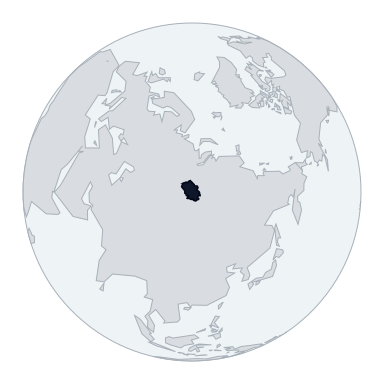 the Earth from above Tomsk, rotated 40°
{"feature_id": "RUS-2167", "entity_name": "Tomsk", "entity_type": "Region", "adm_level": 1, "iso_a3": "RUS", "parent_name": "Russia", "parent_adm1": "", "projection": "orthographic", "projection_center": [83.174, 58.364], "detail": "fine", "context": "on_globe", "style": "filled", "palette": "ink", "viewbox_px": 384, "rotation_deg": 40, "n_neighbors": 0, "source": "natural_earth", "source_scale": "10m", "svg_char_len": 13881}
<svg xmlns="http://www.w3.org/2000/svg" viewBox="0 0 384 384"><g transform="rotate(40 192 192)"><circle cx="192" cy="192" r="169" fill="#eef3f6" stroke="#a8b0b8"/><path d="M233.6,28.2L236.3,29.0L234.7,28.5L238.3,29.5L241.5,30.7L248.1,33.3L251.6,37.4L244.6,41.2L242.0,38.9L240.6,40.3L243.9,43.4L246.3,45.1L246.0,56.3L255.2,69.9L262.9,73.5L257.5,73.5L275.1,80.3L283.2,88.5L271.2,79.7L267.7,79.2L271.7,84.9L269.0,85.6L269.4,88.9L265.8,89.5L259.1,84.6L256.7,84.9L259.6,88.9L257.9,92.2L253.9,86.2L250.5,91.4L238.7,84.9L230.8,69.5L221.3,67.4L205.6,56.1L204.1,58.1L197.2,55.5L192.9,57.0L191.2,54.7L189.3,57.9L191.6,59.7L191.6,61.7L189.3,62.9L186.7,60.1L187.5,59.1L185.5,58.9L185.2,57.1L184.1,58.6L181.2,55.3L180.6,60.3L175.5,59.0L174.5,56.4L179.1,54.5L188.3,44.7L188.7,41.9L184.8,39.7L167.7,39.7L166.4,37.8L161.2,36.7L159.9,38.6L163.4,40.1L159.7,43.7L164.5,45.5L163.7,47.3L166.8,50.2L161.5,52.2L154.6,52.6L151.7,50.3L148.6,50.5L147.4,54.8L138.2,52.9L125.6,56.1L123.8,55.5L127.3,50.2L137.3,44.5L141.8,38.7L133.9,45.0L129.5,43.9L126.7,45.0L124.0,46.7L123.8,48.1L121.2,48.4L128.1,42.0L130.5,41.6L128.3,43.6L133.0,41.0L137.6,37.2L134.9,37.2L144.6,32.2L142.9,32.3L144.0,31.4L146.2,31.5L142.5,31.3L153.5,27.5L152.9,27.6L166.2,25.0L179.7,23.5L193.3,23.0L206.9,23.7L220.3,25.4L233.6,28.2ZM328.8,92.9L327.9,91.9L327.0,90.5L328.8,92.9ZM328.3,92.6L328.5,92.9L328.3,92.6ZM329.0,93.7L328.5,92.9L329.2,94.0L329.0,93.7ZM330.1,95.4L329.4,94.5L329.6,94.6L330.1,95.4ZM331.2,97.6L331.5,98.1L330.8,97.1L331.2,97.6ZM247.9,45.8L244.2,43.4L242.3,40.5L245.6,42.3L247.9,45.8ZM251.2,52.1L248.7,51.1L250.5,49.2L251.3,50.4L251.2,52.1ZM268.9,76.1L266.5,73.3L269.8,75.8L268.9,76.1ZM270.1,89.3L271.6,89.9L271.2,91.4L270.1,89.3ZM169.5,49.0L168.2,49.6L168.3,48.7L169.5,49.0ZM172.1,49.8L173.2,48.4L174.6,48.6L173.9,49.4L172.1,49.8ZM265.3,93.6L264.1,95.9L264.2,92.7L265.3,93.6ZM170.5,51.5L177.0,49.1L179.4,49.5L178.8,53.2L170.5,51.5ZM262.6,96.7L259.7,102.7L263.0,104.5L252.2,103.1L258.2,98.3L257.8,94.0L260.1,96.6L262.6,96.7ZM193.4,59.8L190.8,57.9L195.1,58.5L193.4,59.8ZM196.2,59.7L209.5,59.0L212.3,62.6L207.3,62.0L212.5,65.9L207.3,67.9L203.2,66.2L202.5,63.5L201.0,66.4L196.2,59.7ZM246.8,101.6L245.1,102.4L245.6,100.6L246.8,101.6ZM191.9,62.6L194.4,62.1L196.9,65.1L192.5,66.7L193.1,65.2L191.9,62.6ZM216.5,66.0L217.6,68.7L213.6,71.0L213.5,72.3L207.4,68.3L216.5,66.0ZM191.3,65.1L190.1,67.5L186.8,67.1L189.7,63.4L191.3,65.1ZM199.4,65.2L200.4,66.7L198.4,66.4L199.4,65.2ZM174.5,67.6L177.4,66.7L178.9,68.1L174.5,67.6ZM189.9,68.4L191.1,68.5L192.0,69.0L190.6,70.5L189.9,68.4ZM205.1,70.3L203.2,70.7L207.4,72.0L204.6,74.0L201.0,70.9L201.4,73.1L200.5,73.7L198.5,70.6L205.1,70.3ZM191.9,73.6L186.4,70.7L180.7,71.9L179.2,70.6L188.6,68.9L191.9,73.6ZM196.0,72.1L193.1,72.7L192.6,70.7L194.3,69.0L196.0,72.1ZM204.0,76.4L209.2,74.2L209.8,74.9L204.0,76.4ZM190.4,74.4L191.8,75.1L190.0,74.7L190.4,74.4ZM199.9,76.2L201.7,75.3L202.3,76.1L199.9,76.2ZM193.0,77.3L191.2,76.3L192.3,75.1L193.0,77.3ZM196.3,77.1L196.7,78.5L193.8,75.2L196.9,76.5L196.3,77.1ZM200.2,77.1L201.2,77.4L199.4,77.4L200.2,77.1ZM190.0,82.6L186.0,78.8L188.4,76.0L191.9,80.1L190.0,82.6ZM37.2,259.7L35.1,254.0L29.3,232.5L30.3,228.3L29.6,222.5L27.6,217.0L27.2,210.0L26.4,206.0L23.6,182.4L24.9,169.3L31.5,143.4L33.5,142.3L37.7,135.4L54.9,142.0L54.3,150.5L63.1,170.4L63.4,174.2L57.8,178.0L60.7,201.6L67.1,201.4L74.3,218.6L82.0,226.7L92.8,217.8L80.3,204.4L82.6,196.2L96.3,201.9L108.0,213.7L109.3,210.9L105.7,198.8L112.3,197.1L104.9,194.2L105.0,198.7L100.4,197.1L100.1,193.0L102.4,192.5L100.0,187.9L89.5,192.0L88.4,197.0L79.7,188.7L77.2,196.3L73.4,196.1L76.3,183.3L79.0,180.7L81.2,162.8L77.5,164.7L75.3,181.8L74.3,178.5L69.4,181.6L72.3,176.7L75.7,157.9L70.4,149.6L56.9,148.5L55.3,142.9L56.9,134.7L68.6,126.8L71.1,140.2L75.2,138.0L80.5,129.1L80.8,134.1L83.3,132.3L84.8,137.1L92.6,138.4L95.0,142.8L103.5,138.3L105.9,140.0L100.2,142.1L97.4,146.1L104.0,157.2L106.9,157.9L112.0,154.2L113.1,157.9L117.2,152.9L123.7,157.4L119.1,147.9L124.9,143.7L131.8,143.9L132.9,140.9L121.7,140.7L117.9,142.2L116.0,146.2L105.1,149.4L101.6,146.7L110.0,137.3L106.0,132.6L114.3,127.6L139.6,130.6L147.4,134.7L148.6,151.1L143.6,152.6L140.7,147.3L138.3,156.4L140.9,153.6L141.9,156.8L147.7,154.0L148.7,156.2L152.6,149.9L154.4,152.3L151.9,156.2L162.0,154.5L167.3,158.6L169.2,157.2L169.6,154.5L176.0,161.7L177.1,160.4L175.4,157.5L176.4,153.0L180.7,148.1L182.7,150.8L181.4,153.0L181.7,161.8L178.0,167.4L179.3,168.0L183.0,163.9L182.6,153.0L184.6,149.3L185.5,154.3L185.3,152.2L187.0,151.2L190.5,152.9L189.8,147.4L205.0,134.0L213.3,136.2L212.4,141.9L225.1,136.4L233.4,139.9L231.8,137.2L236.8,133.0L234.3,131.8L233.9,130.2L245.7,119.8L250.0,119.7L253.3,112.7L252.5,111.4L249.5,111.0L252.2,103.1L263.0,104.5L264.3,107.4L270.1,106.5L272.2,113.4L276.7,118.9L275.6,127.4L279.2,131.3L281.1,130.5L287.5,135.4L294.0,148.6L280.4,141.3L269.0,123.4L272.9,130.8L269.6,130.2L269.5,133.6L272.5,139.0L274.4,138.9L266.5,154.1L268.8,170.8L274.7,166.3L279.9,168.4L287.7,184.9L282.8,214.4L289.8,218.5L291.3,223.0L287.6,228.3L285.3,222.0L280.2,222.0L279.4,217.8L272.7,224.7L271.4,219.0L266.9,227.4L270.3,230.8L276.7,226.6L273.4,236.7L282.0,240.9L284.7,249.3L276.2,269.3L264.9,278.4L264.6,281.1L259.2,280.0L253.4,286.9L264.5,297.0L264.6,300.7L254.5,310.6L254.1,308.2L239.8,305.3L238.1,314.2L248.9,318.2L252.7,324.2L244.8,324.2L240.8,318.8L235.8,317.5L236.5,310.2L231.1,299.7L223.0,303.2L223.0,298.4L214.3,289.0L202.4,293.1L183.9,305.9L182.4,317.3L175.6,321.5L164.8,303.9L163.2,291.4L157.3,291.5L147.9,278.3L125.8,270.2L124.5,265.9L119.9,265.7L113.6,258.8L112.3,251.7L107.6,249.5L111.6,268.1L116.8,270.4L123.7,267.6L123.7,273.2L130.0,280.5L116.5,287.2L86.7,280.6L86.9,271.1L80.3,234.4L82.2,232.1L82.3,231.7L82.4,231.0L78.6,234.0L78.5,226.8L78.7,250.9L77.4,258.9L86.2,280.8L84.7,281.1L88.4,286.6L104.3,292.8L103.7,295.4L94.3,302.4L75.1,302.4L79.4,312.4L81.1,317.5L73.1,311.9L75.9,314.8L66.5,305.1L57.8,294.7L50.0,283.6L43.1,271.9L37.2,259.7ZM44.1,145.2L42.4,146.8L44.1,145.2ZM117.2,232.5L126.2,238.4L127.6,228.0L131.2,229.5L130.4,225.5L127.7,227.2L126.4,216.7L132.3,216.6L134.0,212.4L131.0,210.3L120.5,212.1L122.2,227.0L117.8,229.0L117.2,232.5ZM129.1,44.3L128.4,44.8L125.5,46.4L126.4,45.3L129.1,44.3ZM115.6,56.0L111.8,56.2L115.1,55.2L115.6,53.6L123.2,49.6L123.3,55.1L121.9,53.2L115.6,56.0ZM133.3,46.2L128.5,47.9L133.8,45.9L133.3,46.2ZM95.4,118.2L94.0,121.5L90.7,122.3L87.7,117.4L92.5,116.2L95.4,118.2ZM92.9,126.0L102.0,118.4L104.3,121.3L101.5,120.9L102.0,123.6L97.7,123.8L90.8,134.4L87.4,135.8L83.8,125.6L86.8,128.1L88.0,124.6L92.9,126.0ZM121.5,96.0L125.5,93.4L125.1,103.1L121.4,104.5L118.2,99.5L120.7,95.0L121.5,96.0ZM168.1,58.9L169.7,57.7L170.4,58.4L169.7,60.0L168.1,58.9ZM175.7,67.0L162.1,64.8L163.2,63.3L153.9,64.2L153.2,60.6L159.2,60.1L151.7,58.2L156.9,56.4L151.5,55.6L164.9,54.8L169.3,53.3L164.7,56.3L165.3,59.6L166.8,60.5L174.4,62.2L184.0,60.8L186.1,64.0L185.0,66.7L183.0,67.5L182.3,65.1L180.2,67.9L177.6,65.1L175.7,67.0ZM171.2,99.7L171.2,95.9L166.5,102.4L163.9,99.1L163.6,100.0L159.9,98.8L154.7,99.1L154.2,97.3L152.4,98.2L150.0,97.5L147.4,98.2L145.5,95.2L142.2,95.9L143.2,94.1L137.9,96.1L141.0,93.3L138.1,92.3L136.7,95.6L133.1,78.9L129.3,74.5L124.3,72.5L130.3,68.2L138.8,67.6L147.4,69.4L150.3,74.4L152.5,71.8L154.5,73.4L152.0,74.8L157.1,73.7L158.1,75.5L165.8,77.9L172.7,75.5L175.7,76.4L173.5,78.3L178.0,78.0L175.9,82.2L178.0,83.1L178.1,88.2L172.6,91.6L175.4,92.3L175.5,96.4L171.2,99.7ZM189.8,84.1L183.9,88.5L179.6,89.0L181.3,79.9L179.7,78.5L180.7,73.0L187.0,72.5L186.1,74.1L186.7,75.5L184.5,75.1L186.8,76.5L185.6,78.9L187.1,80.7L184.8,81.6L189.8,84.1ZM66.6,174.9L67.4,177.2L69.2,180.1L66.2,182.2L66.6,174.9ZM68.7,162.0L69.8,163.5L66.4,167.7L65.6,165.4L68.7,162.0ZM73.4,160.9L70.2,163.3L71.4,160.6L73.4,160.9ZM101.5,143.4L103.0,144.8L102.1,146.0L99.9,146.5L101.5,143.4ZM156.8,119.0L157.4,116.6L158.6,116.6L163.0,112.5L165.3,114.7L163.5,118.1L156.8,119.0ZM89.0,217.6L85.1,217.5L84.7,215.2L86.1,215.7L89.0,217.6ZM73.8,199.6L75.9,205.3L73.0,200.1L73.8,199.6ZM160.0,120.8L161.5,118.8L161.7,121.2L160.0,120.8ZM167.2,116.2L167.9,118.7L166.1,114.6L167.2,116.2ZM103.9,332.1L101.8,334.8L95.3,330.6L91.5,327.5L90.5,324.5L97.1,327.7L99.6,327.2L103.9,332.1ZM289.4,321.8L293.5,319.6L293.3,320.0L289.4,321.8ZM285.2,323.1L290.1,320.5L284.3,324.3L285.2,323.1ZM291.9,319.5L296.8,315.9L298.9,314.0L298.4,314.9L291.9,319.5ZM281.9,324.9L263.0,333.0L255.4,334.8L257.3,332.9L269.7,328.7L281.9,324.9ZM256.7,333.1L244.8,332.8L227.3,323.5L233.6,322.7L251.6,326.4L250.5,328.0L257.7,329.0L256.7,333.1ZM284.9,314.4L283.7,318.6L273.5,323.1L268.7,324.5L265.5,320.9L267.3,317.6L271.3,316.1L285.7,299.8L290.9,299.5L286.7,305.9L290.9,307.2L284.9,314.4ZM183.2,318.4L187.5,324.9L183.7,325.7L183.2,318.4ZM290.8,289.4L285.5,297.1L290.2,288.1L290.8,289.4ZM293.2,281.7L293.9,283.9L291.2,282.9L293.2,281.7ZM265.1,284.9L260.9,287.0L260.5,285.1L265.6,281.3L265.1,284.9ZM286.7,256.2L287.9,262.2L287.5,264.6L285.1,262.0L286.7,256.2ZM181.6,139.0L172.9,142.0L168.2,146.1L167.9,151.2L164.6,145.5L171.9,139.2L181.6,139.0ZM201.9,134.2L202.1,130.1L204.5,131.2L204.8,132.3L201.9,134.2ZM200.3,132.2L195.9,128.5L197.7,125.7L200.8,129.2L200.3,132.2ZM177.7,124.3L174.9,125.0L174.9,123.0L177.7,124.3ZM268.6,342.6L268.2,342.7L270.1,341.7L271.4,340.3L289.2,329.0L302.7,316.6L310.3,310.6L317.5,301.4L324.6,294.3L321.2,299.9L327.0,293.5L334.8,280.5L335.1,281.8L327.8,292.6L319.6,302.7L310.7,312.2L301.1,321.0L290.8,329.1L280.0,336.3L268.6,342.6ZM299.5,315.7L305.5,309.4L308.5,307.0L299.5,315.7ZM354.5,238.4L353.9,240.3L354.0,239.8L354.5,238.2L354.5,238.4ZM353.4,241.8L352.7,243.4L352.8,243.1L353.4,241.8ZM342.6,265.5L345.5,262.4L342.4,268.0L339.3,271.6L335.6,278.5L328.0,287.7L330.1,284.1L329.4,283.0L320.7,290.9L319.0,291.0L322.3,286.8L316.2,290.9L322.9,284.1L325.4,285.1L329.1,278.6L334.9,272.5L340.0,266.7L343.6,263.0L342.6,265.5ZM322.4,291.6L323.5,290.5L322.4,292.4L322.4,291.6ZM351.4,245.8L352.4,244.2L352.2,245.0L351.6,246.3L351.4,245.8ZM344.5,261.0L348.6,251.3L349.5,249.7L346.7,257.5L344.5,261.0ZM347.9,251.3L349.6,248.3L350.2,248.1L349.9,249.2L347.9,251.3ZM308.8,300.5L308.5,301.6L306.7,302.3L308.8,300.5ZM311.2,298.1L316.6,294.6L310.7,299.3L311.2,298.1ZM293.7,306.5L295.4,307.9L301.0,302.9L296.7,307.7L300.2,309.1L298.9,311.2L295.4,309.6L293.8,314.5L291.3,315.9L290.2,313.2L292.9,307.2L295.3,303.7L305.2,296.6L293.7,306.5ZM311.3,295.2L309.8,293.5L310.9,290.7L312.5,291.0L311.3,295.2ZM305.0,289.4L300.6,288.4L296.9,292.2L303.9,281.9L307.1,284.7L305.0,289.4ZM300.6,283.3L297.3,286.9L300.5,281.4L300.6,283.3ZM296.2,286.1L295.4,283.6L298.3,282.2L296.2,286.1ZM302.5,282.3L302.5,277.0L304.3,278.9L302.5,282.3ZM293.2,277.8L300.0,278.9L291.8,281.6L289.6,272.0L293.0,269.8L293.2,277.8ZM300.7,222.2L298.8,219.4L301.4,216.4L301.9,219.2L300.7,222.2ZM308.0,204.9L301.5,214.7L295.9,222.8L298.5,222.8L298.8,229.6L294.0,226.5L296.6,216.8L301.1,211.8L300.1,206.3L302.4,200.0L299.3,194.4L299.7,190.3L303.9,193.9L308.0,204.9ZM297.8,192.2L293.2,180.9L298.8,178.0L301.0,179.8L300.8,186.1L297.8,187.3L297.8,192.2ZM293.7,177.4L290.9,178.5L278.1,165.8L276.8,162.5L289.4,170.2L287.4,171.7L289.6,175.4L293.7,177.4ZM246.5,103.6L245.2,102.5L247.1,102.7L246.5,103.6ZM232.4,129.7L232.2,127.5L234.4,127.7L232.4,129.7ZM232.9,121.7L230.5,123.1L232.2,120.5L232.9,121.7ZM225.3,126.4L229.2,123.1L226.7,127.9L225.3,126.4Z" fill="#d9dde1" stroke="#a8b0b8" stroke-width="1"/><path d="M192.5,184.1L192.6,184.3L193.0,184.6L193.6,184.6L193.7,184.8L194.2,185.8L194.3,185.9L194.3,186.0L194.2,186.4L194.1,186.5L194.1,187.0L194.0,187.3L195.4,187.4L196.1,187.2L197.1,187.2L197.8,187.4L197.9,187.8L198.0,187.9L198.4,187.9L198.5,187.9L198.5,188.0L199.1,189.0L200.1,188.9L200.2,189.1L200.6,189.7L199.9,190.1L199.3,191.3L199.5,192.0L199.6,192.3L199.8,192.5L200.6,192.6L200.9,192.8L201.6,192.8L201.7,193.0L201.8,193.6L201.7,193.7L201.6,193.8L201.4,193.8L201.4,194.0L201.2,194.2L201.2,194.3L201.0,194.7L200.9,195.0L200.7,195.0L200.6,195.3L200.8,195.4L200.9,195.5L200.8,196.0L200.7,196.3L200.5,196.2L200.4,196.2L200.3,196.3L200.0,196.6L199.9,196.7L199.8,196.8L199.5,197.1L199.2,196.8L198.8,196.9L198.7,196.9L198.4,196.8L198.5,197.0L198.4,197.2L198.2,197.1L197.9,197.0L197.7,197.0L197.4,197.2L197.2,197.2L196.9,197.0L196.8,197.3L196.7,197.4L196.6,197.5L196.4,197.6L196.3,197.8L196.0,197.9L195.9,198.0L196.1,198.1L195.6,198.3L195.4,198.2L195.2,198.3L195.2,198.5L194.9,198.4L194.1,198.8L194.0,199.0L193.9,199.0L193.9,198.9L193.7,198.8L193.4,198.9L193.2,199.1L193.1,199.3L192.9,199.5L192.8,199.8L192.7,199.9L192.4,199.9L192.4,199.7L192.3,199.8L192.2,199.9L192.1,199.7L192.2,199.4L192.3,199.4L192.4,199.2L192.2,199.0L192.1,198.9L192.2,198.7L191.9,198.6L192.0,198.5L191.9,198.4L192.0,198.4L191.9,198.3L191.9,198.1L192.0,198.1L191.9,198.1L192.0,198.0L192.0,197.9L192.1,197.7L191.9,197.3L191.7,197.5L191.6,197.4L191.4,197.4L191.4,197.5L191.3,197.8L191.2,197.7L191.0,197.8L190.9,197.8L190.7,197.9L190.3,198.0L190.1,197.9L190.0,198.0L189.4,198.2L189.1,197.8L188.8,197.4L188.7,197.4L187.6,197.5L187.3,197.6L187.2,197.5L186.2,196.1L184.4,195.4L182.0,195.0L181.9,195.0L181.8,194.9L180.8,194.7L180.7,194.6L180.6,194.3L180.6,194.2L180.4,194.2L180.3,193.6L180.2,193.5L180.1,193.4L180.1,192.7L179.5,192.0L179.4,192.0L179.5,191.9L179.7,191.7L179.5,191.3L179.9,191.0L179.9,190.9L179.6,190.6L179.8,190.3L180.1,190.1L180.6,189.5L180.6,189.4L180.6,188.9L180.9,188.7L181.0,188.7L181.1,188.4L181.3,188.3L181.5,188.0L182.0,188.0L182.3,187.9L182.3,187.7L182.5,187.5L182.5,187.4L182.5,186.9L182.6,186.5L182.5,186.4L182.6,186.2L182.8,186.0L182.8,185.9L182.7,185.8L182.7,185.7L182.7,185.4L182.8,185.3L183.1,185.2L183.1,184.9L183.1,184.7L183.3,184.3L183.5,184.3L183.9,184.4L184.1,184.4L184.2,184.5L184.3,184.5L184.5,184.7L184.8,184.5L185.2,184.6L185.6,184.5L185.9,184.7L186.0,184.6L186.3,184.5L186.4,184.9L186.5,185.1L187.2,185.0L187.7,185.1L188.0,184.8L188.3,184.8L188.5,184.8L188.9,184.9L188.9,185.1L189.0,185.2L189.1,185.3L189.6,185.3L190.1,185.3L190.5,185.6L190.8,185.4L190.9,185.1L192.0,184.1L192.5,184.1Z" fill="#0f172a" stroke="#020617" stroke-width="1.5"/></g></svg>